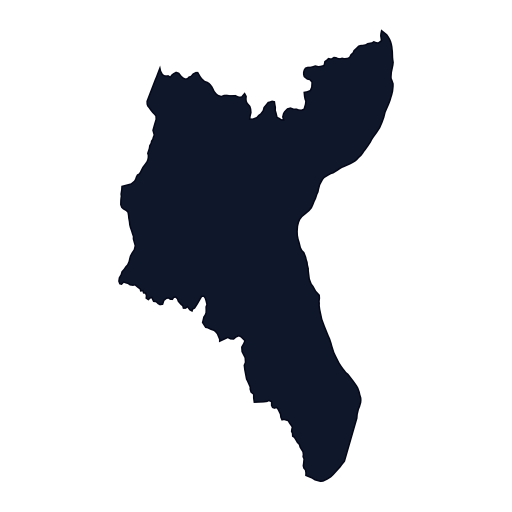 Brejinho de Nazaré, Tocantins, Brazil
{"feature_id": "56859067B48174787205843", "entity_name": "Brejinho de Nazaré", "entity_type": "district", "adm_level": 2, "iso_a3": "BRA", "parent_name": "Brazil", "parent_adm1": "Tocantins", "projection": "natural_earth1", "projection_center": [-48.621, -11.067], "detail": "fine", "context": "isolated", "style": "filled", "palette": "ink", "viewbox_px": 512, "rotation_deg": 0, "n_neighbors": 0, "source": "geoboundaries", "source_scale": "gbopen_adm2", "svg_char_len": 5565}
<svg xmlns="http://www.w3.org/2000/svg" viewBox="0 0 512 512"><path d="M305.9,475.4L312.2,478.0L315.0,479.8L320.5,481.3L323.1,481.0L327.2,479.0L330.7,476.8L333.1,474.5L340.1,466.8L341.5,464.8L344.4,461.2L356.8,418.2L357.1,414.4L358.3,409.3L359.4,406.6L360.6,402.5L360.8,400.3L360.7,398.0L359.6,394.4L359.2,392.3L357.7,388.1L356.5,386.0L353.2,381.3L349.5,376.5L347.8,374.3L345.7,372.6L344.2,370.6L342.6,368.6L340.9,366.2L338.9,363.1L335.2,355.7L333.7,352.5L331.6,345.8L331.0,343.5L329.5,338.9L328.1,335.8L324.2,326.1L321.7,319.3L319.6,309.4L319.1,305.4L319.2,303.3L319.0,301.3L319.4,298.3L319.2,295.2L315.6,291.3L312.9,286.4L311.2,284.2L310.3,282.0L309.2,278.9L308.2,270.7L308.2,268.6L307.3,265.0L307.0,262.3L306.1,259.6L305.6,257.2L303.8,252.6L301.8,250.6L300.3,247.7L299.0,242.4L298.0,239.2L297.3,235.5L297.1,231.5L297.5,226.0L298.4,222.4L299.6,219.4L301.8,216.5L308.9,210.6L311.3,207.8L312.8,204.5L314.0,201.4L315.4,198.5L316.8,194.2L317.9,191.9L318.4,189.3L319.6,184.7L322.5,179.3L324.0,177.5L328.1,175.0L330.8,173.5L333.1,172.8L337.3,170.2L340.4,168.1L342.0,167.2L343.8,166.5L350.1,163.7L352.5,162.4L354.9,161.0L356.6,159.6L358.5,157.5L360.9,155.3L362.7,152.9L363.7,151.3L365.0,149.7L367.5,146.2L370.3,142.0L371.5,139.6L373.1,137.1L376.4,132.6L379.6,127.7L381.9,122.4L383.7,117.4L384.4,114.6L385.0,112.2L386.3,109.2L387.3,106.9L388.4,104.4L389.2,102.4L390.1,99.9L390.9,97.1L391.6,94.9L392.5,91.2L393.0,86.3L393.0,83.8L391.9,80.6L391.0,78.4L391.0,76.3L391.3,72.3L392.8,65.1L393.1,62.4L392.7,59.6L392.5,57.5L392.3,51.7L392.0,49.2L391.8,47.0L391.3,44.4L390.6,41.9L389.6,39.5L388.3,37.2L386.7,34.8L381.6,30.7L381.0,33.6L380.8,35.8L381.5,40.6L379.9,41.9L378.2,43.1L375.7,42.6L373.8,41.8L372.2,42.9L370.0,43.3L367.7,43.7L365.8,44.9L362.8,45.5L360.6,45.6L358.7,46.2L356.5,48.4L354.1,50.6L353.2,52.8L351.0,54.8L349.9,57.1L348.3,58.3L346.4,58.6L344.2,58.8L342.1,58.3L340.1,58.9L337.7,58.6L336.1,57.8L334.0,57.5L331.3,59.2L328.5,58.6L327.0,60.1L324.9,61.6L324.6,63.5L324.0,65.6L320.9,66.4L318.5,66.8L315.3,66.0L313.0,66.8L310.5,67.4L307.9,67.4L305.5,68.2L304.3,70.1L303.7,72.3L303.7,74.5L304.3,76.6L307.3,79.0L310.0,79.6L312.1,82.2L311.8,87.2L310.4,90.6L307.0,91.9L304.2,92.4L304.6,96.4L305.1,99.0L305.9,101.2L305.5,104.4L304.1,109.2L301.3,110.3L298.5,110.0L296.5,109.2L293.7,109.3L290.5,108.1L287.5,108.9L286.1,110.3L284.6,111.9L283.6,113.6L282.8,116.9L283.7,119.9L281.3,119.9L279.1,118.4L277.0,117.4L276.0,113.1L275.2,110.5L275.3,107.3L274.8,104.7L274.4,101.8L272.1,101.3L269.9,102.1L268.2,102.5L265.9,105.4L264.1,107.5L263.3,110.6L262.1,112.3L260.7,114.1L258.8,115.4L256.9,117.6L252.8,119.2L249.7,119.1L250.0,116.3L250.9,112.6L250.6,109.1L249.8,106.4L247.1,103.3L246.2,101.4L245.9,99.1L246.1,96.4L244.6,93.6L242.9,95.6L241.7,97.1L239.3,97.3L237.6,96.8L235.4,95.7L232.1,95.8L229.3,95.8L226.7,95.4L224.1,95.5L221.3,96.6L217.8,95.4L216.1,94.0L214.0,91.4L213.0,89.2L211.8,86.9L210.2,84.8L208.9,83.5L207.2,82.4L204.5,81.5L201.6,78.8L200.0,76.6L197.7,72.6L196.0,72.6L193.2,74.0L191.2,76.4L188.9,77.2L187.7,78.6L185.7,79.2L183.4,78.3L181.2,76.5L178.7,73.3L176.1,72.4L173.6,73.8L171.9,75.1L170.3,77.3L168.2,75.9L166.1,76.1L164.1,75.8L162.3,74.5L160.5,71.1L159.9,68.2L157.8,73.7L156.6,76.9L155.4,79.7L147.1,101.3L147.2,104.1L147.8,105.9L149.2,107.6L150.8,109.9L152.8,112.4L154.7,114.3L156.0,115.9L156.2,119.3L154.8,123.9L153.0,130.3L153.7,132.8L154.3,135.0L153.4,137.2L152.8,139.4L151.6,141.1L151.2,143.3L149.8,145.7L149.4,148.5L147.8,153.3L148.4,155.4L148.3,157.8L147.8,160.0L147.0,161.9L145.5,164.0L143.0,167.3L141.5,170.2L140.5,172.3L139.1,174.2L137.5,175.0L136.5,176.9L135.7,179.3L134.6,181.2L131.2,184.0L122.0,186.4L121.8,189.7L121.1,194.1L121.4,196.2L121.1,198.3L120.9,200.6L120.8,204.6L121.8,207.3L123.4,208.8L126.4,210.5L128.1,212.3L128.6,215.5L128.8,217.8L129.5,221.8L129.8,224.7L130.5,227.5L131.7,230.9L132.6,233.9L133.5,236.4L133.4,238.9L135.3,245.7L134.3,249.9L132.3,252.8L130.5,256.1L129.8,258.7L129.2,261.5L127.7,264.9L126.0,266.7L124.2,269.4L122.1,271.7L121.2,274.8L119.4,277.8L118.9,281.1L119.8,283.7L121.5,284.2L123.6,282.0L125.9,282.8L128.1,283.4L130.1,284.8L132.9,285.2L135.1,284.8L137.5,286.9L140.3,289.0L140.7,290.9L143.0,290.6L143.6,292.9L145.6,293.1L146.5,295.7L146.2,298.1L148.4,299.6L149.8,298.1L151.8,297.4L153.6,301.3L156.3,301.7L158.2,303.6L160.0,304.6L162.6,304.2L163.8,300.4L166.4,298.3L168.5,297.9L170.3,299.2L172.4,299.3L173.6,297.4L175.7,297.0L177.5,298.8L178.4,301.3L181.2,304.5L182.8,305.7L183.4,308.1L185.6,308.1L187.5,306.6L189.9,309.8L192.0,311.0L192.6,309.1L194.6,308.0L195.9,306.0L197.3,303.8L200.0,299.1L201.6,296.4L203.8,296.1L205.2,297.9L206.1,300.7L207.0,304.5L206.1,306.9L206.2,310.4L206.1,312.9L205.1,315.3L203.9,317.0L203.3,319.6L202.6,322.5L204.6,325.6L205.7,327.3L207.7,327.7L211.0,329.3L214.0,330.3L215.5,331.5L217.4,333.7L219.7,339.2L219.7,341.2L225.1,338.7L227.8,337.4L230.5,338.8L233.6,339.0L235.9,337.0L238.9,335.7L241.2,336.9L245.0,340.7L243.8,343.6L241.8,347.1L242.1,351.6L243.5,354.4L245.2,357.7L245.5,362.4L244.3,365.3L244.8,369.6L246.6,379.1L247.5,380.8L250.3,387.1L250.2,389.1L251.1,392.1L253.7,394.2L253.7,398.0L254.3,402.2L263.5,401.8L266.9,401.4L268.8,400.5L271.6,401.6L271.6,405.4L272.6,407.4L274.5,408.1L276.6,407.4L278.1,409.2L280.5,414.1L280.9,417.2L282.0,419.8L284.1,419.4L288.2,420.6L289.6,423.0L292.4,427.0L291.9,429.1L291.6,431.4L292.5,433.2L292.7,436.2L294.4,437.3L295.9,439.7L297.5,442.5L299.4,444.4L300.2,447.2L301.6,449.5L303.0,451.7L303.4,454.4L303.1,456.7L304.1,458.9L303.6,463.7L303.3,465.8L303.9,468.1L305.5,469.9L306.0,472.9L305.9,475.4Z" fill="#0f172a" stroke="#020617" stroke-width="1.5"/></svg>